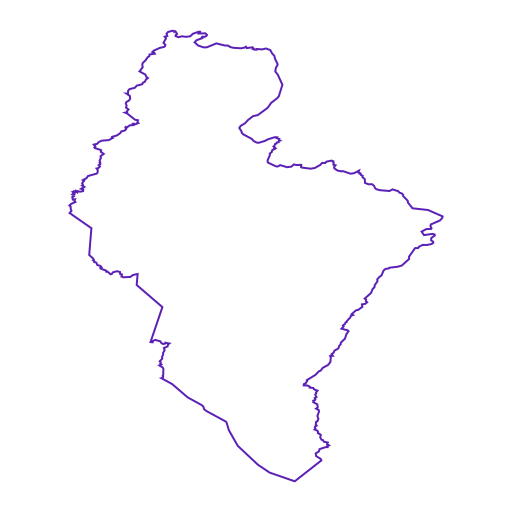 the district of Svalbarðshreppur, Norðurland eystra, Iceland
{"feature_id": "244011B84342259441214", "entity_name": "Svalbarðshreppur", "entity_type": "district", "adm_level": 2, "iso_a3": "ISL", "parent_name": "Iceland", "parent_adm1": "Norðurland eystra", "projection": "natural_earth1", "projection_center": [-15.752, 66.091], "detail": "fine", "context": "isolated", "style": "outline", "palette": "violet", "viewbox_px": 512, "rotation_deg": 0, "n_neighbors": 0, "source": "geoboundaries", "source_scale": "gbopen_adm2", "svg_char_len": 5966}
<svg xmlns="http://www.w3.org/2000/svg" viewBox="0 0 512 512"><path d="M294.7,481.3L321.4,460.4L320.6,458.8L316.2,456.2L315.7,453.4L318.8,451.5L319.6,449.1L325.7,447.1L327.5,447.1L327.2,446.1L329.0,445.4L327.1,444.1L327.8,442.5L324.0,441.8L322.9,440.1L321.5,439.7L320.2,437.4L320.8,434.8L317.9,433.1L318.2,432.2L317.5,430.8L314.6,429.5L315.4,428.6L314.8,427.5L315.2,426.3L316.7,425.7L315.8,424.3L316.1,421.8L317.4,421.3L318.4,418.8L317.4,416.0L319.0,411.6L318.8,410.2L316.1,408.6L317.7,407.6L317.4,404.4L313.3,402.1L313.7,401.4L313.3,400.7L315.1,400.0L315.4,399.3L314.7,398.1L316.5,397.0L315.2,394.7L316.2,393.4L316.0,392.4L317.5,390.7L314.0,389.3L313.3,388.0L309.7,387.6L309.8,386.8L307.5,385.5L303.7,385.4L303.9,384.1L305.8,383.1L307.2,380.9L306.8,380.2L315.4,374.9L318.9,371.3L320.7,370.6L322.7,367.9L328.0,365.0L330.4,362.0L330.8,357.4L330.2,356.1L332.8,355.8L331.5,354.2L333.6,352.7L334.4,350.7L338.3,348.5L339.2,345.9L340.7,344.3L340.8,342.7L345.0,338.6L346.3,334.4L348.5,331.2L347.6,330.3L341.5,328.7L343.6,326.5L342.9,325.5L345.0,323.9L345.5,322.5L346.8,321.9L346.9,321.0L350.4,317.3L350.8,315.8L353.1,315.0L351.8,314.0L355.9,310.4L358.3,309.8L362.4,306.8L361.9,304.4L365.3,303.8L367.1,302.3L365.9,301.2L366.1,299.7L364.7,298.6L371.1,292.9L372.5,289.2L374.5,287.1L374.7,285.2L377.5,281.2L377.2,279.4L379.5,276.8L381.4,275.6L383.6,270.5L385.5,268.9L388.9,268.4L389.4,267.7L397.3,266.8L401.7,265.6L409.2,258.9L409.0,256.7L415.1,248.1L418.2,248.0L418.9,246.8L422.6,244.9L426.8,245.0L431.6,244.0L433.3,242.9L433.1,241.7L431.1,240.3L431.3,238.0L434.8,235.5L434.6,234.5L432.5,233.9L424.0,235.1L421.6,231.6L426.3,229.1L431.2,228.9L431.5,228.3L430.4,226.0L430.9,224.4L440.1,220.4L442.4,217.7L442.6,216.4L428.0,210.0L412.5,208.3L407.9,202.5L407.7,200.7L403.1,196.0L403.1,194.7L401.9,193.5L399.4,192.6L398.3,191.2L392.5,189.4L389.5,191.0L379.9,190.2L376.3,189.2L375.0,188.1L374.1,185.9L372.0,184.2L368.5,184.3L365.0,182.9L364.8,179.1L362.5,177.2L362.7,175.8L360.8,174.9L360.7,173.6L359.5,173.5L359.7,173.0L358.4,172.4L359.0,170.6L354.1,173.2L350.5,173.7L342.9,171.1L341.6,171.4L337.6,170.6L334.4,168.4L334.1,167.0L335.5,165.3L333.4,164.7L333.8,163.1L332.9,161.9L333.3,161.3L331.6,160.6L326.6,161.6L325.1,163.0L322.1,162.9L320.3,164.9L314.8,168.0L310.5,168.7L301.6,167.5L301.0,167.1L301.3,164.9L300.9,164.8L296.3,165.1L293.9,164.4L291.4,166.6L287.0,167.2L280.2,165.1L277.8,166.5L275.9,166.3L268.2,162.7L267.7,162.2L267.7,160.1L269.8,155.4L269.8,153.6L271.8,152.0L272.1,150.3L275.2,148.7L274.3,148.3L275.0,147.6L273.6,146.5L274.4,146.0L275.0,144.0L276.5,143.5L276.9,142.4L278.7,142.2L278.9,140.8L279.8,140.6L279.0,140.2L279.4,139.0L276.7,138.2L277.1,137.3L274.7,137.2L268.0,139.3L264.7,141.0L258.6,142.8L256.4,142.5L253.8,141.1L251.6,138.8L243.2,134.3L241.7,132.8L241.6,131.5L239.3,128.0L240.6,125.9L245.0,123.3L247.8,120.2L253.1,116.1L257.8,115.1L267.7,107.8L271.1,102.9L277.1,98.3L278.8,96.3L282.4,84.8L277.9,74.9L275.3,71.5L275.8,68.1L277.6,64.7L277.3,63.3L275.3,59.5L274.3,55.8L272.1,53.4L270.3,50.1L266.0,48.5L262.2,49.4L256.7,49.0L256.8,49.6L254.6,49.7L252.9,49.0L253.5,48.4L252.6,47.3L246.8,48.1L246.0,46.7L244.6,47.6L241.0,48.3L233.4,47.8L230.1,47.0L228.2,45.6L224.7,45.5L216.4,43.4L206.8,47.3L203.6,47.4L198.1,45.5L194.6,42.3L196.6,40.2L203.2,37.8L201.7,37.6L202.5,36.6L204.6,36.9L206.3,36.0L207.0,34.9L205.3,33.3L197.5,33.6L200.0,32.3L200.1,31.8L198.7,31.7L192.8,33.8L190.3,36.3L186.1,36.8L181.7,36.3L178.5,37.2L175.6,36.1L175.6,35.1L177.1,34.0L175.5,31.4L174.5,31.8L174.6,31.2L172.6,30.7L168.0,32.0L166.5,33.7L167.3,36.0L164.7,36.7L166.0,38.4L163.5,42.8L165.4,44.9L165.1,46.0L164.2,46.9L159.8,47.9L153.8,50.6L152.4,52.0L154.1,52.6L154.8,53.7L149.5,54.5L149.3,56.2L147.6,57.3L145.5,60.4L142.7,63.0L142.3,65.0L142.7,67.3L139.5,71.4L145.4,74.6L146.3,76.8L147.9,78.1L145.9,79.5L144.9,81.7L142.8,82.8L142.3,84.2L136.7,85.7L134.8,87.8L129.5,89.1L128.1,90.8L128.0,93.7L126.5,93.6L129.8,95.9L130.2,98.6L128.9,100.6L126.5,101.9L125.8,103.3L126.6,105.8L126.0,107.6L128.5,109.4L127.2,110.9L127.2,112.1L125.1,112.6L127.0,113.4L135.0,119.7L138.0,120.3L137.4,122.3L138.3,123.1L135.2,124.3L134.1,123.6L132.8,123.8L133.3,125.1L129.8,125.3L127.1,127.3L125.8,126.9L125.4,127.7L126.3,128.5L126.1,129.3L124.6,130.6L121.3,131.4L120.6,132.8L117.2,135.3L112.0,136.9L111.8,137.5L112.6,138.0L108.8,140.1L101.6,140.7L98.8,142.0L97.2,143.8L93.8,144.6L95.4,146.5L94.4,147.6L94.8,148.1L100.7,149.9L101.2,150.3L100.8,151.8L103.7,153.9L100.5,156.2L100.9,158.0L99.6,160.6L100.1,161.6L99.6,162.7L100.3,163.1L100.3,164.2L98.7,165.2L99.9,166.6L98.3,168.1L96.6,168.5L97.8,170.2L97.5,172.7L96.7,173.6L88.0,176.0L86.5,178.2L82.9,180.1L84.1,180.8L82.1,183.3L82.9,184.9L82.1,185.5L84.3,186.9L81.1,188.8L83.3,189.5L83.1,191.1L80.1,191.7L77.8,191.2L77.4,192.4L76.6,191.7L77.1,191.2L76.1,190.8L76.1,191.5L74.6,191.3L74.9,191.8L73.7,191.9L74.4,192.3L73.2,192.7L73.7,193.3L72.9,193.5L73.6,193.6L73.0,194.0L75.3,194.2L73.8,194.6L73.2,196.4L71.6,196.6L73.1,196.8L72.3,197.4L72.8,199.5L75.0,199.3L74.4,200.7L75.4,202.0L71.1,203.9L69.4,205.5L70.6,206.4L70.7,208.7L71.5,210.8L69.6,213.0L91.4,228.2L89.2,255.0L92.8,258.2L93.7,259.6L93.1,260.3L94.2,261.0L94.1,261.9L96.3,262.6L97.3,265.0L100.4,265.9L101.5,267.3L100.3,267.9L100.6,268.6L106.4,270.7L106.2,271.6L108.3,272.2L110.5,274.3L111.8,273.9L113.0,272.3L116.9,271.2L120.0,272.0L120.1,273.9L122.0,274.5L121.4,276.5L123.5,277.3L130.5,276.9L132.9,275.0L137.6,274.0L136.7,285.0L162.4,307.1L150.5,342.1L152.6,342.3L152.7,341.1L155.3,339.9L160.4,341.4L161.3,343.0L163.0,344.0L165.1,343.6L165.3,342.7L169.3,343.5L168.0,344.5L167.6,346.4L163.9,348.0L164.6,350.3L163.1,352.8L163.1,354.5L162.0,357.1L162.3,358.6L159.7,361.3L160.7,362.2L160.3,363.3L161.4,364.3L159.3,365.4L162.6,367.4L163.4,368.8L163.2,375.1L162.6,376.0L163.2,376.9L162.7,377.8L161.4,378.2L172.2,384.1L187.7,397.4L201.9,405.2L203.4,406.7L204.2,409.3L206.5,411.1L225.7,421.5L226.5,422.3L228.9,430.3L237.8,445.9L258.1,464.9L269.6,472.6L294.7,481.3Z" fill="none" stroke="#5b21b6" stroke-width="2"/></svg>